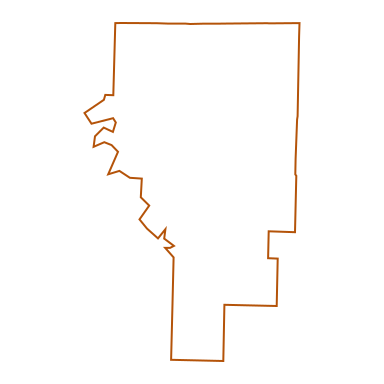 Baxter, Arkansas, United States of America
{"feature_id": "52423323B86572463849564", "entity_name": "Baxter", "entity_type": "district", "adm_level": 2, "iso_a3": "USA", "parent_name": "United States of America", "parent_adm1": "Arkansas", "projection": "equal_earth", "projection_center": [-92.385, 36.236], "detail": "fine", "context": "isolated", "style": "outline", "palette": "amber", "viewbox_px": 384, "rotation_deg": 0, "n_neighbors": 0, "source": "geoboundaries", "source_scale": "gbopen_adm2", "svg_char_len": 813}
<svg xmlns="http://www.w3.org/2000/svg" viewBox="0 0 384 384"><path d="M296.3,175.8L295.3,174.4L295.6,158.9L297.1,119.4L297.6,116.2L299.1,36.2L299.5,23.1L275.6,23.3L269.7,23.3L268.4,23.3L267.3,23.2L222.1,23.6L217.7,23.7L202.2,23.7L190.2,24.0L185.4,23.6L168.2,23.6L156.6,23.2L121.3,23.0L115.3,23.1L113.3,95.2L105.3,94.9L103.9,99.8L84.5,113.0L91.5,123.7L113.1,118.2L115.8,122.5L112.9,131.9L103.7,127.6L95.0,136.3L93.6,146.8L104.3,142.2L111.6,145.1L118.0,151.8L108.2,174.3L119.4,170.9L129.9,177.8L141.8,178.6L140.8,197.3L149.2,205.6L139.5,219.4L147.0,228.6L158.0,238.4L165.4,229.2L164.2,238.6L173.9,245.9L170.0,247.9L165.2,247.9L173.6,257.4L172.5,303.7L171.1,359.8L223.3,361.0L224.4,304.8L276.7,306.0L277.7,258.6L268.1,258.2L268.7,231.3L295.0,232.2L296.3,175.8Z" fill="none" stroke="#b45309" stroke-width="2"/></svg>